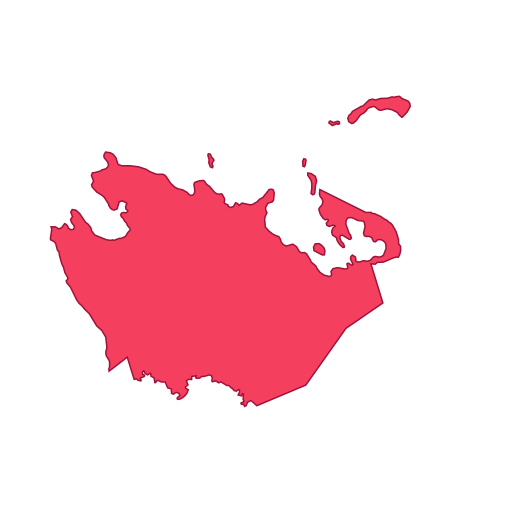 National Capital District, National Capital District, Papua New Guinea (Mercator projection), rotated 163°
{"feature_id": "67681753B89852769449867", "entity_name": "National Capital District", "entity_type": "district", "adm_level": 2, "iso_a3": "PNG", "parent_name": "Papua New Guinea", "parent_adm1": "National Capital District", "projection": "mercator", "projection_center": [147.2, -9.446], "detail": "fine", "context": "isolated", "style": "filled", "palette": "rose", "viewbox_px": 512, "rotation_deg": 163, "n_neighbors": 0, "source": "geoboundaries", "source_scale": "gbopen_adm2", "svg_char_len": 6154}
<svg xmlns="http://www.w3.org/2000/svg" viewBox="0 0 512 512"><g transform="rotate(163 256 256)"><path d="M175.5,300.9L177.3,296.5L177.3,294.4L176.1,290.9L176.1,288.6L177.4,286.0L181.4,283.4L182.3,282.2L182.3,277.3L180.9,272.6L179.2,270.3L177.1,270.3L176.3,269.4L176.6,268.5L179.2,266.8L179.3,264.7L177.5,262.9L172.9,262.9L171.5,261.5L174.1,260.3L175.8,258.5L176.7,256.3L176.7,253.6L173.8,250.1L173.8,246.3L172.5,242.2L170.4,238.7L169.2,238.5L168.7,239.2L168.7,241.9L170.4,245.7L170.4,249.7L169.0,251.0L167.2,250.6L162.1,244.8L160.8,244.3L159.5,245.3L159.5,248.3L160.3,250.5L160.8,260.2L159.4,263.7L157.3,265.4L155.5,265.4L152.9,264.5L148.1,260.1L143.8,258.3L142.6,256.9L143.0,252.5L146.5,246.4L146.5,243.8L145.3,242.6L142.2,241.7L140.1,239.9L139.3,235.5L137.9,234.7L136.7,235.0L135.8,235.8L133.6,235.8L131.0,234.6L128.9,231.9L128.4,229.7L129.3,225.3L133.7,219.7L135.4,218.9L138.5,218.9L142.0,220.7L144.1,220.7L148.1,218.4L151.9,218.5L152.7,219.4L155.3,220.2L158.4,219.9L161.0,220.8L162.2,222.6L161.4,223.8L161.3,226.1L163.6,228.7L165.4,227.7L166.5,225.6L165.7,219.5L167.1,219.1L169.7,222.1L170.8,222.2L171.4,221.8L171.5,218.3L172.3,217.4L174.4,217.4L181.3,221.0L186.1,221.4L188.8,219.3L189.1,216.1L190.5,214.9L191.7,214.9L196.6,217.9L199.5,221.5L201.2,225.8L201.7,229.0L205.1,234.3L205.1,236.0L207.1,243.4L208.5,245.1L211.4,245.7L213.2,247.4L214.5,253.0L217.4,256.6L224.0,256.6L226.6,258.9L227.8,261.9L227.8,265.4L228.6,268.0L231.2,269.8L233.8,272.4L236.3,276.0L238.6,280.9L237.1,288.2L235.9,290.8L232.8,294.3L233.3,296.9L232.7,299.5L229.2,303.0L224.5,303.0L222.8,304.4L220.2,310.8L220.1,314.0L221.3,315.2L223.9,315.8L232.3,310.0L236.1,309.2L239.2,307.5L244.4,306.3L246.5,306.6L253.9,310.7L257.4,309.3L258.3,311.6L260.0,312.9L263.0,309.9L266.4,309.9L268.1,311.7L267.8,312.9L270.7,315.6L270.7,317.0L269.5,318.7L269.5,321.3L270.3,324.8L271.2,325.7L274.1,326.1L276.7,328.4L280.1,336.3L282.3,338.9L283.5,342.8L284.4,343.7L288.2,344.5L293.0,344.3L294.4,342.9L295.3,336.7L296.2,334.6L298.0,332.9L300.6,332.9L302.3,334.7L303.1,336.8L306.9,340.8L310.9,343.0L313.5,345.6L316.4,350.5L318.6,357.9L319.4,359.7L321.2,361.4L327.2,363.2L332.4,367.3L335.8,371.1L342.2,375.6L350.0,379.1L357.8,381.5L360.3,383.2L361.2,384.5L361.2,390.6L362.9,395.0L365.1,397.3L369.4,399.4L371.5,397.6L372.4,395.6L372.4,394.2L370.4,389.4L370.4,386.3L371.6,384.5L374.2,383.3L378.5,383.4L379.1,382.8L385.5,382.9L388.1,383.4L389.8,381.2L389.5,375.0L392.5,372.1L392.5,369.8L389.6,363.7L385.6,359.2L383.9,356.3L381.9,349.2L381.9,347.0L381.1,344.0L379.7,342.2L377.9,341.3L375.0,341.7L371.0,347.8L367.5,347.7L364.1,344.2L366.3,341.3L366.7,339.0L365.5,337.2L365.5,336.4L366.7,335.5L368.5,335.5L369.8,336.4L371.9,336.4L373.3,335.2L373.3,332.9L372.0,330.8L371.6,328.2L370.3,325.5L369.9,322.4L368.6,319.4L368.6,317.7L371.7,315.9L375.2,312.8L379.9,312.3L381.3,312.8L387.3,312.5L388.5,313.4L390.3,313.4L394.2,315.2L404.1,323.2L405.8,327.9L405.7,331.4L407.4,335.8L409.2,338.1L412.2,348.1L414.8,352.5L418.2,354.2L420.3,352.1L420.0,347.2L422.6,345.2L422.6,342.0L421.3,338.5L421.3,336.4L422.7,335.0L424.4,335.0L426.1,335.9L427.3,337.7L427.3,339.4L428.2,341.7L429.6,342.9L433.4,340.0L436.5,339.5L439.4,342.6L443.5,343.8L443.4,341.5L447.7,332.4L447.6,331.4L445.0,329.0L443.9,326.7L444.2,319.7L443.2,317.2L443.8,314.1L444.0,305.5L443.4,301.2L443.6,296.1L442.3,290.0L443.0,288.7L444.8,287.8L444.8,285.8L442.5,280.2L440.3,266.4L438.9,262.2L437.1,259.5L435.5,255.3L432.3,249.6L428.8,235.8L425.2,229.8L423.4,222.4L425.4,211.8L427.5,208.6L428.2,206.0L428.3,204.2L427.1,199.5L427.0,197.4L428.5,192.8L429.8,190.9L430.2,188.8L408.7,196.9L408.6,173.6L406.2,173.4L405.0,171.5L402.7,170.2L402.2,170.7L402.4,173.1L398.3,173.4L397.5,174.0L397.6,174.8L399.1,176.0L398.7,177.9L397.3,179.1L396.6,178.5L396.3,176.0L394.4,174.0L391.4,174.8L391.1,174.2L391.5,171.6L389.8,170.1L389.1,168.6L389.8,164.5L388.9,164.3L387.6,165.5L386.1,165.7L383.4,163.2L379.7,162.1L379.0,155.7L375.9,153.7L376.9,149.3L375.5,148.0L372.9,148.8L371.7,148.7L369.9,147.1L369.5,145.0L372.9,143.3L373.1,142.3L372.5,141.7L370.5,141.4L368.3,141.8L364.7,143.2L362.0,145.2L359.9,147.9L362.0,150.2L362.0,151.2L358.7,152.7L359.1,157.0L356.6,157.8L353.7,156.7L352.6,159.6L348.2,158.9L349.3,157.3L348.4,156.3L345.4,155.7L343.2,156.7L340.8,156.0L335.2,155.9L333.6,154.5L333.5,152.1L334.8,149.4L334.5,148.5L331.0,148.3L328.8,145.6L326.4,145.9L321.7,140.7L319.6,139.9L318.5,137.4L317.2,136.1L316.4,133.8L314.3,132.5L311.7,133.3L310.9,132.7L311.5,130.7L313.7,128.3L310.7,126.5L309.3,128.3L308.4,127.8L310.2,122.7L309.9,120.3L313.2,119.9L313.5,119.0L313.3,118.4L311.2,117.8L310.9,115.5L309.1,115.8L306.9,118.6L303.6,119.2L302.5,118.5L299.0,112.6L246.1,118.0L191.2,160.5L148.4,174.0L148.4,214.9L144.4,213.3L141.7,214.4L136.1,212.9L124.3,214.1L121.8,213.9L120.2,213.2L118.1,215.4L116.0,219.0L114.9,223.0L116.0,225.9L114.9,229.9L114.9,238.4L116.4,245.4L117.7,248.2L118.8,249.2L120.2,251.7L123.0,254.5L125.2,257.4L130.6,262.1L132.3,262.5L133.1,264.0L138.3,265.6L175.5,300.9ZM75.3,346.1L69.2,349.6L64.8,353.9L64.3,356.9L65.1,359.5L70.3,363.9L72.0,366.6L73.4,367.1L77.7,367.5L79.4,368.4L84.1,368.4L90.7,370.2L96.2,370.3L98.8,372.0L102.3,372.1L109.7,368.3L111.8,368.3L121.4,366.1L124.0,364.0L125.7,363.5L128.0,360.9L128.0,357.4L125.8,354.7L123.7,354.7L120.6,356.1L115.0,360.4L111.0,361.3L108.4,362.5L106.3,364.2L104.6,364.7L100.2,364.7L98.9,364.2L95.9,359.8L94.2,358.9L87.6,358.5L83.3,356.2L78.7,351.8L78.2,349.8L76.1,346.1L75.3,346.1ZM178.5,306.1L176.0,310.1L176.0,314.9L179.4,318.9L182.3,320.2L182.9,318.1L181.2,312.3L181.5,308.8L183.0,304.1L185.1,299.7L183.9,298.0L182.5,298.0L181.3,299.2L178.5,306.1ZM190.4,237.1L188.6,240.6L188.6,243.8L190.3,247.3L192.0,249.4L195.8,250.3L198.4,247.7L199.0,244.2L192.4,237.7L190.4,237.1ZM271.8,353.2L271.0,354.1L270.9,357.6L268.3,359.8L268.3,361.0L269.5,363.3L270.0,366.8L271.7,367.7L272.6,366.3L272.6,361.9L273.9,359.0L273.6,354.6L271.8,353.2ZM137.5,358.0L137.0,359.7L138.4,361.0L143.1,361.0L145.3,363.3L146.5,363.3L147.4,361.9L144.8,358.4L140.1,358.9L139.3,358.0L137.5,358.0ZM183.7,327.2L182.3,328.6L180.2,332.9L180.2,334.1L181.9,335.0L183.6,333.0L184.9,328.1L183.7,327.2Z" fill="#f43f5e" stroke="#9f1239" stroke-width="1.5"/></g></svg>